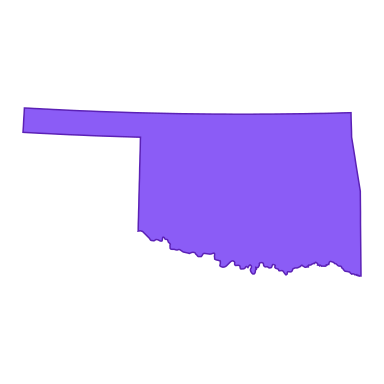 the State of Oklahoma
{"feature_id": "USA-3533", "entity_name": "Oklahoma", "entity_type": "State", "adm_level": 1, "iso_a3": "USA", "parent_name": "United States of America", "parent_adm1": "", "projection": "albers", "projection_center": [-97.37, 35.324], "detail": "fine", "context": "isolated", "style": "filled", "palette": "violet", "viewbox_px": 384, "rotation_deg": 0, "n_neighbors": 0, "source": "natural_earth", "source_scale": "10m", "svg_char_len": 5589}
<svg xmlns="http://www.w3.org/2000/svg" viewBox="0 0 384 384"><path d="M23.0,132.3L23.4,126.2L23.7,120.1L24.1,114.0L24.4,108.0L29.2,108.2L34.0,108.5L38.8,108.7L43.6,109.0L48.4,109.2L53.2,109.5L58.1,109.7L61.8,109.9L71.9,110.4L80.9,110.8L89.9,111.1L98.9,111.5L107.9,111.8L116.9,112.1L125.9,112.4L134.9,112.7L143.9,112.9L152.9,113.1L161.9,113.3L170.9,113.5L179.9,113.7L188.9,113.8L197.9,113.9L206.9,114.0L215.9,114.1L224.9,114.1L233.9,114.2L242.9,114.2L251.9,114.2L260.9,114.1L269.9,114.1L278.9,114.0L288.0,113.9L297.0,113.8L306.0,113.7L315.0,113.5L324.0,113.4L333.0,113.2L342.0,112.9L351.0,112.7L351.1,118.8L351.3,124.9L351.5,131.0L351.6,137.1L352.7,143.8L353.8,150.6L354.9,157.4L355.9,164.1L357.0,170.9L358.1,177.7L359.2,184.4L360.3,191.2L360.4,201.8L360.5,212.4L360.5,223.0L360.6,233.6L360.7,244.2L360.8,254.8L360.9,265.4L361.0,276.0L360.7,276.0L359.7,276.0L359.0,275.6L359.0,276.0L357.0,275.4L356.4,275.1L356.6,274.8L356.7,274.6L355.8,274.6L354.8,274.8L354.4,274.4L354.0,274.1L353.4,273.9L352.8,273.8L352.6,273.8L352.1,274.1L351.8,274.1L351.6,274.1L351.2,273.6L350.5,273.3L349.8,272.2L349.2,271.9L348.7,271.9L347.7,271.6L345.0,271.2L343.5,269.7L342.9,268.7L342.6,268.4L342.2,268.1L341.9,268.0L341.6,267.7L341.5,266.9L341.4,266.7L341.1,266.4L340.8,266.2L340.5,266.1L339.1,266.1L338.5,265.9L337.8,265.5L336.5,264.2L335.8,263.7L334.5,263.5L334.3,263.2L334.1,262.8L333.9,262.6L333.4,262.3L330.7,261.4L330.1,261.5L329.3,262.2L329.1,262.9L329.0,263.8L328.8,264.3L328.4,264.0L328.1,264.4L327.8,264.6L327.5,264.8L327.0,265.1L326.6,264.8L326.3,264.8L326.2,265.2L326.2,265.6L326.1,265.8L325.9,266.0L325.6,266.1L325.3,266.2L321.9,266.1L321.5,266.2L321.2,265.8L320.9,265.6L320.6,265.5L320.2,265.5L319.8,265.8L319.6,265.9L319.5,265.7L319.3,265.5L319.2,265.3L319.3,265.2L318.0,265.2L317.5,265.0L317.8,264.3L317.5,263.5L317.0,263.1L316.5,262.9L316.0,262.4L315.5,262.3L315.0,262.7L314.5,263.6L314.2,263.6L313.5,263.4L313.4,263.5L312.4,264.0L312.0,264.1L311.6,264.4L311.2,264.7L310.9,265.0L310.5,265.0L309.9,265.1L308.6,265.1L308.3,265.4L308.5,266.8L308.0,267.1L307.8,267.0L307.5,266.8L307.3,266.4L307.0,266.5L306.8,266.8L306.5,267.1L305.4,267.3L304.9,267.2L302.6,265.8L302.2,265.3L301.7,265.2L301.2,265.5L300.8,266.0L300.6,266.4L300.4,266.3L299.7,266.7L299.0,267.2L297.6,267.8L297.1,267.9L295.0,267.9L294.6,268.1L293.8,268.5L293.3,268.6L292.9,269.0L292.2,270.7L291.8,271.3L291.1,271.8L290.4,271.9L288.6,271.7L287.6,271.9L287.3,272.3L287.3,273.0L287.1,274.1L286.0,274.9L284.8,273.7L283.6,271.9L282.7,270.8L281.9,270.6L279.2,270.8L278.9,270.6L278.7,270.3L278.6,269.8L278.5,269.5L278.2,269.2L277.3,268.8L275.7,268.3L275.2,267.8L275.0,267.6L274.9,267.4L274.8,267.1L274.8,266.9L274.9,266.6L275.3,265.7L275.2,265.4L274.9,265.1L273.9,264.7L273.3,264.5L272.9,264.5L272.7,264.7L272.5,264.8L272.3,265.2L271.8,266.8L271.7,267.0L271.4,267.4L271.2,267.6L270.9,267.7L270.5,267.8L269.7,267.9L269.3,267.9L268.9,267.8L268.7,267.7L267.6,266.9L267.2,266.7L266.9,266.7L265.5,266.9L265.1,266.8L264.8,266.7L264.6,266.6L264.1,266.1L263.8,265.7L263.6,265.2L263.4,263.8L263.2,263.4L263.0,263.1L262.7,262.9L262.2,262.7L261.8,262.6L261.4,262.6L260.1,262.9L259.8,263.0L259.6,263.1L259.3,263.5L259.4,264.1L259.3,265.3L258.6,266.6L258.0,267.4L257.1,267.7L255.7,267.3L255.7,268.0L256.0,268.4L256.4,268.6L256.5,269.1L256.3,269.4L255.6,269.9L255.4,270.4L255.3,271.9L254.9,273.1L254.2,273.9L252.9,274.0L252.0,273.3L251.2,272.2L250.6,271.0L250.4,269.8L250.6,269.0L251.3,267.7L251.5,266.9L251.4,266.3L251.1,265.8L250.7,265.3L250.1,264.9L249.9,265.1L249.4,265.3L249.2,265.5L248.9,266.0L248.1,267.3L247.9,267.6L246.8,266.6L246.3,266.5L245.7,266.9L245.6,267.1L245.4,267.6L245.3,267.8L245.0,268.0L244.6,268.3L244.4,268.4L244.1,268.7L243.7,268.8L241.0,269.0L240.4,268.6L240.1,267.5L240.0,266.4L239.7,265.8L239.1,265.5L238.2,265.3L235.6,265.5L235.0,265.1L234.6,264.2L234.7,262.4L234.3,261.6L232.8,260.8L231.2,261.3L229.8,262.5L226.3,266.0L224.7,266.9L222.9,267.2L221.2,266.7L220.3,266.2L219.9,265.7L220.0,265.0L220.1,264.7L220.1,264.2L220.4,263.2L220.4,262.7L220.2,262.2L220.4,261.6L220.3,261.1L220.0,260.7L219.6,260.8L218.2,260.3L216.2,259.9L214.7,259.1L214.6,257.5L214.4,256.4L214.6,255.0L214.6,253.7L214.0,253.1L213.0,253.3L211.1,254.0L209.8,254.1L204.4,253.4L203.4,253.6L202.8,254.3L202.3,255.2L201.7,256.0L201.4,256.5L200.5,256.6L198.4,256.6L197.8,256.3L196.5,254.7L196.0,254.3L195.7,254.0L195.1,252.9L194.6,252.6L193.3,252.3L192.8,252.3L191.9,252.4L189.2,253.5L188.7,253.2L183.7,252.1L182.9,251.8L179.9,249.7L179.0,249.5L178.3,249.6L177.7,249.9L176.8,250.0L176.0,249.9L174.5,249.4L173.7,249.3L171.8,249.3L170.9,249.1L170.2,248.5L170.1,247.8L170.0,245.1L170.2,244.5L170.3,244.2L169.6,243.3L168.4,242.2L168.1,241.4L167.8,240.5L167.5,239.7L166.7,239.4L165.9,239.4L165.5,239.3L165.1,239.1L164.8,238.7L164.6,238.4L164.5,238.0L164.3,237.7L163.6,237.2L163.0,237.2L162.6,237.7L162.3,240.1L162.0,240.9L161.3,241.1L160.4,241.0L159.6,240.7L158.1,239.8L156.1,239.5L155.8,239.6L155.4,239.8L154.9,240.3L154.6,240.5L153.9,240.8L151.5,240.5L150.7,240.2L150.2,239.6L149.5,238.4L142.8,231.7L142.5,231.4L141.6,231.2L141.2,231.0L140.6,230.8L138.8,231.0L138.1,231.1L138.2,230.6L138.2,228.3L138.3,222.8L138.5,217.2L138.6,211.7L138.8,206.1L138.9,200.6L139.0,195.1L139.2,189.5L139.3,184.0L139.5,178.4L139.6,172.9L139.7,167.3L139.9,161.8L140.0,156.2L140.2,150.7L140.3,145.2L140.4,139.6L140.5,137.2L140.1,137.2L137.9,137.1L136.7,137.1L133.0,137.0L127.3,136.8L120.0,136.6L111.3,136.3L101.6,136.0L91.2,135.6L80.5,135.1L69.8,134.7L59.4,134.2L49.7,133.7L41.0,133.3L33.6,132.9L28.0,132.6L24.3,132.4L23.0,132.3Z" fill="#8b5cf6" stroke="#5b21b6" stroke-width="1.5"/></svg>